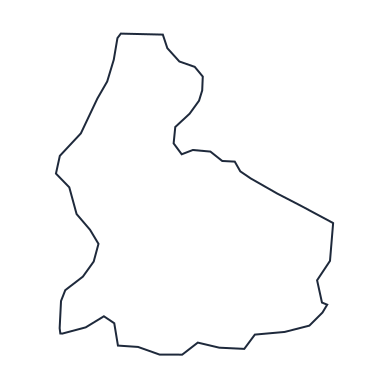 Storfors, Värmland, Sweden (Albers equal-area conic projection), rotated 177°
{"feature_id": "70781695B43025182622692", "entity_name": "Storfors", "entity_type": "district", "adm_level": 2, "iso_a3": "SWE", "parent_name": "Sweden", "parent_adm1": "Värmland", "projection": "albers", "projection_center": [14.297, 59.484], "detail": "fine", "context": "isolated", "style": "outline", "palette": "slate", "viewbox_px": 384, "rotation_deg": 177, "n_neighbors": 0, "source": "geoboundaries", "source_scale": "gbopen_adm2", "svg_char_len": 855}
<svg xmlns="http://www.w3.org/2000/svg" viewBox="0 0 384 384"><g transform="rotate(177 192 192)"><path d="M52.7,153.6L83.6,172.3L107.0,186.0L132.7,202.5L142.7,210.1L147.7,220.1L160.2,221.4L171.5,231.4L189.0,233.9L200.3,230.2L207.8,241.5L205.3,257.8L190.3,270.3L180.2,282.8L176.5,292.9L175.2,306.7L182.7,316.8L197.8,323.0L209.1,336.9L212.9,350.7L254.8,353.9L258.4,349.6L263.2,328.2L270.9,306.8L281.6,290.3L299.9,256.4L322.1,235.0L326.9,217.5L314.3,203.1L308.4,176.0L295.8,159.6L288.1,145.1L293.8,127.7L305.4,113.2L319.5,103.5L323.7,100.6L328.5,90.0L331.3,62.9L330.9,57.6L328.9,57.4L305.2,62.4L286.5,72.5L276.5,65.0L274.0,42.5L254.0,40.1L232.8,31.3L210.3,30.1L194.1,41.3L172.9,35.1L148.0,32.6L136.7,46.3L106.8,47.4L81.8,52.4L68.0,64.8L62.9,72.4L68.0,74.8L71.7,97.3L57.8,116.0L52.7,153.5L52.7,153.6Z" fill="none" stroke="#1e293b" stroke-width="2"/></g></svg>